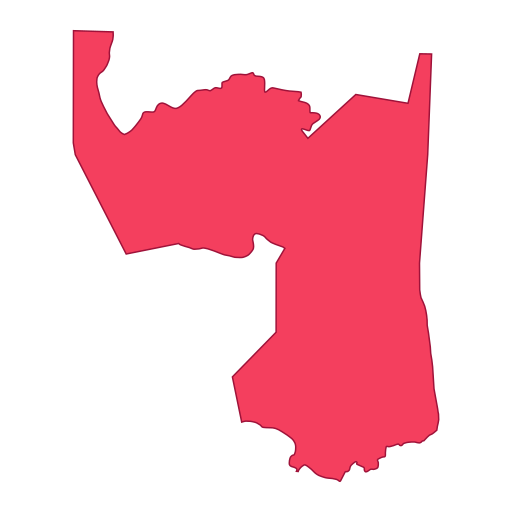 the district of San Juan Guarita, Lempira, Honduras
{"feature_id": "27666195B76708955543126", "entity_name": "San Juan Guarita", "entity_type": "district", "adm_level": 2, "iso_a3": "HND", "parent_name": "Honduras", "parent_adm1": "Lempira", "projection": "mercator", "projection_center": [-88.788, 14.147], "detail": "fine", "context": "isolated", "style": "filled", "palette": "rose", "viewbox_px": 512, "rotation_deg": 0, "n_neighbors": 0, "source": "geoboundaries", "source_scale": "gbopen_adm2", "svg_char_len": 5999}
<svg xmlns="http://www.w3.org/2000/svg" viewBox="0 0 512 512"><path d="M296.4,471.3L298.2,471.5L298.6,470.3L299.3,469.2L300.1,468.2L301.0,467.2L302.3,466.1L303.9,465.1L304.5,464.9L305.1,464.9L306.6,465.6L308.7,467.1L311.5,469.4L314.4,472.3L315.5,473.3L317.2,474.5L319.0,475.5L322.2,476.7L325.1,477.6L327.2,478.0L332.4,478.5L335.7,479.2L336.8,479.5L337.8,480.0L339.4,481.2L340.0,481.3L340.4,481.0L340.7,480.6L345.1,472.0L345.4,471.8L345.7,471.6L346.8,471.7L347.5,471.5L348.1,471.2L348.6,470.8L349.1,470.3L349.5,469.6L350.1,467.1L350.5,466.3L350.9,465.5L351.8,464.6L353.0,463.5L354.3,462.5L355.4,461.8L355.9,461.7L356.2,461.7L356.5,461.8L356.8,462.1L357.0,462.5L357.0,462.8L356.7,463.6L356.7,463.8L356.8,464.0L357.0,464.3L363.3,467.1L363.8,467.4L364.1,467.8L364.3,468.2L364.3,469.6L364.5,470.6L365.0,471.4L365.5,471.8L366.2,471.8L367.4,471.4L368.5,470.7L370.0,469.6L370.7,469.3L371.3,469.2L372.2,469.2L373.5,469.4L374.8,469.1L375.8,468.8L376.7,468.4L377.3,468.0L377.8,467.4L378.0,466.9L378.3,465.0L378.3,463.5L378.3,462.7L378.1,462.0L377.5,460.4L377.5,459.9L377.7,459.5L378.2,459.0L381.0,457.6L382.7,457.0L384.5,456.8L385.0,456.5L385.2,456.1L385.4,455.3L385.4,452.6L385.7,449.2L386.1,447.2L386.2,446.8L386.5,446.5L386.9,446.4L387.2,446.4L388.8,446.7L389.9,446.6L393.5,445.6L396.3,444.5L397.7,444.1L398.3,444.1L398.8,444.3L399.1,444.5L399.6,445.2L400.2,445.5L400.6,445.6L401.1,445.6L401.6,445.4L402.1,445.1L402.6,444.6L403.2,443.8L404.0,443.3L406.8,442.5L409.0,442.2L411.4,442.0L414.4,442.0L415.3,442.1L417.1,442.6L418.5,442.8L419.3,442.9L420.2,442.7L421.1,442.2L422.0,441.3L422.4,441.0L423.1,440.8L423.8,440.8L427.4,437.0L429.4,435.2L432.2,433.9L433.7,432.8L436.8,430.2L437.4,426.2L438.1,423.2L438.7,419.7L438.5,414.0L438.1,412.2L437.6,408.6L434.0,388.8L432.6,366.7L431.8,359.9L430.7,353.3L430.3,346.9L428.5,333.1L427.2,325.3L427.1,320.1L426.6,315.2L425.8,310.6L424.7,306.2L423.0,302.0L421.0,297.7L420.3,294.2L419.7,289.9L419.5,263.1L427.7,154.8L431.6,54.0L419.8,53.8L408.0,103.3L355.8,94.5L307.9,138.3L302.3,131.2L301.6,130.0L301.5,129.5L301.6,129.2L302.0,128.8L302.6,128.8L304.7,129.4L307.6,130.4L308.8,130.6L309.3,130.6L309.6,130.4L309.8,130.2L310.2,129.3L311.5,125.6L312.2,124.4L313.0,123.6L317.5,120.6L319.1,119.4L319.6,118.7L320.0,118.0L320.2,117.3L320.2,116.4L319.8,115.4L319.2,114.6L318.3,113.9L317.0,113.3L316.1,113.1L314.9,112.9L312.2,112.7L310.8,112.8L310.3,112.7L310.1,112.5L309.9,110.9L309.9,107.9L309.7,106.5L309.4,105.7L309.0,105.1L308.5,104.5L307.8,103.9L306.7,103.2L305.2,102.6L303.8,102.2L300.6,101.4L298.5,100.7L298.5,100.4L299.0,99.6L299.8,98.3L300.8,97.2L301.1,96.8L301.3,94.4L301.2,93.4L301.0,92.2L299.9,92.0L298.2,91.7L289.2,91.0L285.7,90.5L281.9,89.8L274.7,88.2L272.6,87.8L271.5,88.0L270.5,88.4L269.5,89.1L266.4,91.7L265.6,92.1L265.1,92.1L264.8,91.9L264.7,91.5L264.5,90.2L264.7,83.4L264.6,81.2L264.4,79.6L263.9,78.3L263.4,77.7L263.0,77.4L261.8,76.8L259.9,76.4L256.0,76.1L255.0,75.7L254.6,75.5L254.1,75.0L253.4,73.4L253.1,73.0L252.8,72.8L252.4,72.7L251.5,72.9L247.6,74.4L246.2,74.7L244.7,74.7L240.6,74.3L237.9,74.4L234.4,74.7L233.0,75.1L232.2,75.4L231.2,76.0L230.6,76.7L230.1,77.5L229.1,79.3L228.7,79.8L228.2,80.2L227.4,80.6L223.3,81.9L222.7,82.2L222.3,82.4L222.1,82.8L222.0,83.3L222.0,86.3L221.9,87.2L221.6,87.9L220.9,88.3L220.5,88.4L219.8,88.4L216.9,87.8L215.9,87.7L215.2,87.8L214.6,88.0L214.0,88.3L211.3,90.2L210.3,90.7L209.9,90.7L209.2,90.6L207.0,89.8L205.4,89.7L204.2,89.8L200.4,90.3L197.5,90.5L196.4,90.9L194.9,92.0L193.5,93.2L191.1,95.7L186.2,101.1L183.3,103.9L181.6,105.5L179.8,106.8L178.2,107.7L177.2,108.1L176.2,108.4L175.3,108.4L174.3,108.3L172.6,107.8L170.7,106.9L165.7,104.1L163.8,103.4L162.7,103.1L161.8,103.1L161.0,103.2L159.8,103.6L159.1,104.0L158.5,104.5L157.4,105.7L156.5,107.4L155.2,110.6L154.7,111.2L154.3,111.6L153.5,112.0L152.2,112.1L147.9,111.8L145.9,111.8L144.5,112.1L143.5,112.7L142.9,113.5L141.9,116.7L141.3,118.0L140.7,119.0L138.7,121.8L135.5,125.9L133.7,128.0L131.8,130.1L130.2,131.4L129.3,132.0L127.2,133.3L124.4,134.5L122.3,133.5L120.6,132.3L119.8,131.5L117.3,128.4L115.2,126.1L114.2,124.7L107.2,113.6L103.5,106.4L101.2,101.4L100.7,100.1L100.0,97.9L98.9,92.8L97.4,87.4L96.9,84.7L96.7,81.9L96.9,79.2L97.1,77.8L97.8,76.2L98.6,74.8L99.4,73.8L100.3,72.9L101.8,71.9L102.6,71.3L103.5,70.4L104.1,69.6L106.0,66.7L106.8,65.4L107.9,62.8L108.9,60.2L109.3,58.6L109.5,57.3L109.6,56.2L109.4,54.1L109.3,52.8L109.8,48.7L110.0,47.8L110.6,45.9L112.3,41.2L112.8,39.3L113.0,37.6L113.2,35.8L113.2,34.1L113.1,31.9L73.5,30.7L73.3,142.9L75.3,154.7L126.2,254.0L178.6,243.5L180.1,244.6L180.8,244.9L184.9,246.3L189.5,247.6L191.9,248.6L193.3,249.1L194.5,249.2L198.5,248.9L199.8,248.7L201.8,248.2L202.7,248.0L203.8,248.0L205.0,248.2L207.8,248.8L211.7,250.1L214.3,251.0L220.7,253.5L223.4,254.5L224.7,254.9L229.5,255.8L233.7,257.0L235.0,257.3L239.3,257.5L241.3,257.5L242.5,257.4L243.7,257.1L245.4,256.5L246.7,255.9L248.0,255.2L249.1,254.3L250.4,252.9L251.6,251.5L252.7,249.9L253.1,249.2L253.4,248.3L253.6,246.6L253.5,244.8L253.3,243.3L252.6,239.7L252.7,238.5L252.9,237.3L253.4,235.8L253.7,235.2L254.2,234.6L254.6,234.2L255.2,233.8L255.8,233.6L256.4,233.5L257.7,233.7L259.3,234.0L261.3,234.8L263.2,235.6L264.6,236.6L266.4,238.6L267.5,239.6L269.9,241.5L270.8,242.2L272.2,242.9L275.5,244.3L282.8,246.9L284.9,248.3L276.2,263.1L276.1,332.2L232.4,376.9L241.7,422.1L244.1,421.4L245.8,421.1L250.3,421.3L252.2,421.6L254.8,422.2L256.0,422.6L257.1,423.1L260.1,424.9L260.7,425.4L261.7,426.6L262.1,426.9L262.7,427.2L263.6,427.4L265.9,427.6L272.4,427.8L274.1,428.1L275.7,428.5L278.6,429.7L282.0,431.7L287.1,435.0L289.4,436.7L291.7,438.5L292.8,439.6L293.7,440.8L294.4,442.0L295.1,443.4L295.5,444.9L295.7,446.4L295.7,448.0L295.6,450.0L295.3,451.9L294.8,453.3L294.3,454.6L293.7,455.0L292.5,455.3L292.0,455.6L290.9,456.6L290.4,457.3L289.9,458.7L289.5,460.4L289.3,462.6L289.3,463.7L289.4,464.4L289.7,465.0L290.1,465.6L290.6,466.0L291.8,466.6L293.9,467.2L294.9,467.6L296.0,468.2L296.5,468.6L296.8,469.1L296.9,469.8L296.7,470.6L296.4,471.3Z" fill="#f43f5e" stroke="#9f1239" stroke-width="1.5"/></svg>